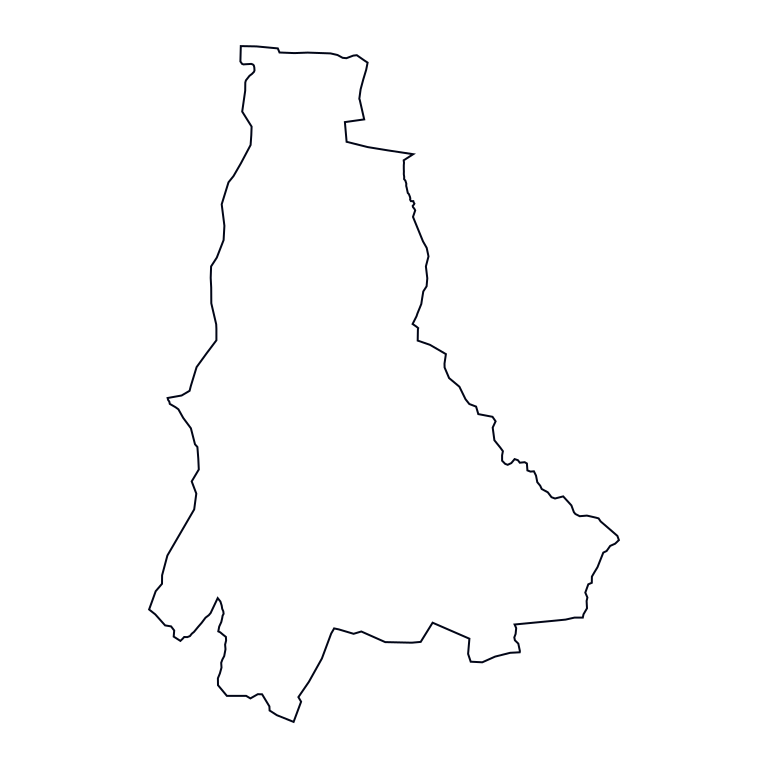 Kurfi, Katsina, Nigeria (Robinson projection)
{"feature_id": "59680162B7192144408722", "entity_name": "Kurfi", "entity_type": "district", "adm_level": 2, "iso_a3": "NGA", "parent_name": "Nigeria", "parent_adm1": "Katsina", "projection": "robinson", "projection_center": [7.483, 12.688], "detail": "fine", "context": "isolated", "style": "outline", "palette": "ink", "viewbox_px": 768, "rotation_deg": 0, "n_neighbors": 0, "source": "geoboundaries", "source_scale": "gbopen_adm2", "svg_char_len": 3451}
<svg xmlns="http://www.w3.org/2000/svg" viewBox="0 0 768 768"><path d="M240.8,46.1L240.4,61.5L242.1,63.9L243.5,64.4L246.1,64.2L248.3,64.1L251.2,63.9L252.7,64.4L253.8,65.4L254.3,67.4L254.5,70.4L254.0,71.8L252.0,73.9L249.5,75.8L245.9,80.4L245.3,82.5L245.2,90.7L242.2,111.6L251.6,126.6L251.3,135.1L250.6,145.0L240.9,163.3L233.5,176.1L228.5,182.3L221.7,204.3L223.9,221.7L224.4,225.8L223.6,240.1L216.8,257.6L211.1,266.4L210.7,277.9L211.2,287.6L211.3,303.3L216.2,324.3L216.4,328.7L216.4,340.3L206.7,353.2L196.6,367.1L190.8,386.1L189.6,390.8L181.6,395.5L167.6,398.0L168.1,399.9L169.3,401.6L169.8,403.9L175.5,407.2L178.4,409.3L183.2,417.9L190.9,428.3L195.0,444.3L197.4,447.0L198.3,458.8L198.8,469.5L191.7,481.4L196.3,493.6L194.2,509.4L167.4,555.5L162.1,575.3L162.0,583.8L155.7,591.2L152.3,600.7L149.1,609.5L155.3,614.4L165.1,625.4L171.1,626.4L174.2,630.5L173.7,636.6L180.4,640.9L182.5,638.9L184.2,637.0L187.3,637.1L189.9,636.1L191.8,633.7L194.0,631.9L198.2,626.8L201.6,622.9L205.5,617.7L208.9,615.1L209.8,614.0L210.6,613.1L217.7,598.1L220.4,601.5L221.7,605.6L222.2,608.8L223.3,611.3L223.6,613.8L222.6,615.7L222.2,618.1L221.3,622.0L219.2,626.6L218.3,631.4L220.2,632.3L223.2,634.8L225.9,636.9L226.1,640.5L225.1,644.6L225.5,649.2L224.2,656.1L222.4,659.5L221.2,662.8L221.5,667.6L219.9,673.4L217.9,678.3L218.0,685.2L226.9,695.9L246.2,695.9L250.4,698.4L257.8,694.2L262.1,694.3L269.4,706.4L269.6,710.5L276.9,715.2L293.6,721.9L301.1,701.7L298.4,697.1L308.9,681.8L321.9,658.5L331.2,633.5L333.3,629.9L334.1,628.4L338.8,629.4L353.6,633.8L361.3,631.5L385.2,642.1L411.8,642.7L420.7,641.9L432.6,622.7L469.4,638.7L468.1,653.9L470.7,661.7L482.3,662.3L495.1,656.6L510.2,652.8L519.7,652.3L519.9,651.1L518.3,643.6L514.9,640.3L514.3,637.4L515.6,634.0L516.2,628.1L514.6,624.5L553.4,620.8L565.6,619.6L574.5,617.6L582.8,617.6L583.5,614.3L587.0,608.3L586.6,601.0L587.4,597.5L585.3,592.6L588.3,584.3L591.8,582.8L591.9,576.6L594.4,572.3L597.5,567.2L603.3,552.6L606.6,551.0L610.2,545.9L615.1,543.7L618.9,540.1L617.4,535.9L602.0,522.6L600.6,521.4L598.6,518.4L596.1,517.7L595.7,517.6L589.2,516.1L586.9,515.6L579.7,516.2L575.4,514.0L573.9,512.2L571.4,505.4L563.2,496.4L555.0,498.5L551.5,497.2L547.8,492.3L541.7,489.0L540.2,485.7L537.3,482.2L536.0,475.6L533.9,471.3L530.5,471.6L527.4,470.4L526.9,463.5L524.7,462.2L519.8,462.7L517.9,460.2L514.6,459.1L513.4,460.6L511.3,463.1L507.7,464.8L505.8,464.1L505.1,463.8L502.1,460.7L502.1,455.3L502.9,451.2L500.3,447.6L494.4,440.3L492.7,427.6L495.6,421.3L492.5,416.8L478.3,414.1L476.1,406.6L469.3,404.0L465.5,399.2L459.4,386.7L449.1,378.1L444.6,367.5L444.5,363.6L445.9,354.1L429.9,344.8L417.7,340.6L417.9,329.6L418.2,328.1L416.4,326.6L412.6,324.0L416.5,316.3L417.4,313.6L421.3,304.0L422.1,298.7L423.3,291.4L426.6,286.3L427.3,278.3L425.9,266.4L428.5,256.4L426.7,247.9L423.0,241.4L413.0,216.9L415.2,210.4L414.3,208.7L413.0,207.1L412.7,205.9L414.0,204.4L414.4,203.6L413.7,202.5L413.3,201.1L410.9,201.1L410.1,199.6L410.3,198.4L410.0,197.0L408.9,194.1L407.8,193.0L407.2,190.2L406.7,187.8L406.2,185.9L406.3,183.6L405.4,180.7L404.1,179.1L404.2,176.9L403.8,174.1L403.9,171.6L403.8,168.8L403.8,165.2L404.0,162.8L403.7,160.3L413.2,154.2L388.0,150.4L367.8,147.1L346.6,141.8L344.9,122.1L364.2,119.4L359.7,99.7L359.3,98.9L360.6,89.4L363.2,79.7L366.2,69.7L367.6,62.6L364.4,60.5L356.8,55.2L353.3,55.6L346.4,58.2L342.6,57.8L337.5,55.0L330.5,53.4L307.6,52.6L294.4,53.1L279.5,52.5L277.8,48.4L256.4,46.4L240.8,46.1Z" fill="none" stroke="#020617" stroke-width="2"/></svg>